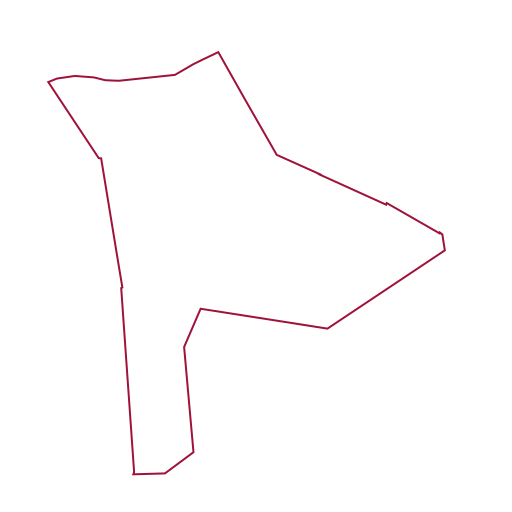 outline of Guesneau, Castries, Saint Lucia, rotated 84°
{"feature_id": "8701671B77991927650857", "entity_name": "Guesneau", "entity_type": "district", "adm_level": 2, "iso_a3": "LCA", "parent_name": "Saint Lucia", "parent_adm1": "Castries", "projection": "orthographic", "projection_center": [-60.966, 13.992], "detail": "fine", "context": "isolated", "style": "outline", "palette": "rose", "viewbox_px": 512, "rotation_deg": 84, "n_neighbors": 0, "source": "geoboundaries", "source_scale": "gbopen_adm2", "svg_char_len": 682}
<svg xmlns="http://www.w3.org/2000/svg" viewBox="0 0 512 512"><g transform="rotate(84 256 256)"><path d="M270.1,67.6L262.5,68.0L254.0,68.4L251.0,71.6L251.9,71.1L253.3,70.2L217.0,120.5L218.6,121.2L182.7,182.4L181.7,184.1L181.5,183.7L157.6,224.8L100.0,250.2L49.3,272.2L55.4,289.4L55.5,289.7L58.7,298.3L67.4,317.7L67.4,346.1L67.4,373.8L66.8,378.3L65.4,387.6L62.1,396.7L61.4,398.7L59.9,407.0L58.0,417.4L58.3,424.8L58.7,435.3L61.3,444.4L142.2,402.2L142.6,400.4L142.7,399.8L243.1,394.0L273.3,392.2L273.8,393.4L293.6,394.1L458.0,399.8L460.3,400.8L462.7,369.3L444.6,338.7L339.0,337.0L302.7,316.6L335.7,192.5L334.0,189.3L270.1,67.6Z" fill="none" stroke="#9f1239" stroke-width="2"/></g></svg>